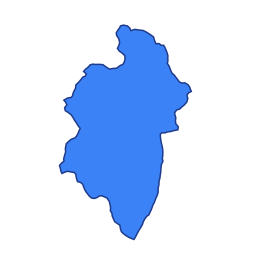 Itatiaiuçu, Minas Gerais, Brazil, rotated 125°
{"feature_id": "56859067B98169129353112", "entity_name": "Itatiaiuçu", "entity_type": "district", "adm_level": 2, "iso_a3": "BRA", "parent_name": "Brazil", "parent_adm1": "Minas Gerais", "projection": "mercator", "projection_center": [-44.452, -20.206], "detail": "fine", "context": "isolated", "style": "filled", "palette": "blue", "viewbox_px": 256, "rotation_deg": 125, "n_neighbors": 0, "source": "geoboundaries", "source_scale": "gbopen_adm2", "svg_char_len": 2490}
<svg xmlns="http://www.w3.org/2000/svg" viewBox="0 0 256 256"><g transform="rotate(125 128 128)"><path d="M215.9,59.2L212.6,59.4L209.4,59.9L204.9,60.4L201.5,60.5L198.5,60.9L196.1,61.7L192.9,62.1L189.6,62.0L187.3,61.1L185.1,61.5L182.7,61.9L179.5,62.6L176.7,63.5L174.2,63.6L172.1,64.3L168.6,65.0L165.5,65.7L163.1,66.6L160.1,68.8L156.8,70.1L153.7,72.1L150.8,73.1L148.2,74.5L145.3,75.9L142.9,77.4L140.8,78.6L138.4,79.8L135.2,80.3L133.4,82.3L130.5,83.8L127.4,85.9L125.3,87.6L123.7,89.2L122.1,91.0L120.0,93.3L117.1,96.0L114.6,98.0L112.4,97.4L110.7,94.8L108.7,93.6L106.6,91.2L103.8,88.9L100.9,86.1L98.2,87.5L97.1,91.3L94.7,93.4L92.3,94.6L90.5,96.8L88.9,98.5L85.3,98.5L82.8,96.5L80.0,96.0L76.8,95.1L73.0,94.7L69.6,95.9L67.1,98.7L64.3,98.5L61.7,97.1L60.5,99.1L59.1,100.9L58.1,103.8L58.4,107.3L60.4,109.8L60.8,112.4L59.7,115.5L58.9,118.2L58.1,120.6L57.8,123.5L56.6,125.6L55.1,127.8L53.5,130.2L52.6,132.8L50.0,133.9L47.8,135.6L45.9,136.8L43.7,139.5L41.2,143.3L39.8,146.2L41.2,148.2L41.0,150.8L42.9,153.6L41.0,156.6L38.8,159.3L38.7,162.9L38.8,166.3L39.0,168.9L39.5,171.7L41.5,175.3L43.3,179.0L46.6,181.5L45.1,184.0L44.7,187.0L46.3,190.7L48.6,192.7L50.8,192.3L53.8,192.4L56.8,192.2L58.6,190.6L60.1,186.9L62.7,183.9L65.4,182.9L68.9,182.3L70.0,179.2L70.0,176.2L70.6,172.0L73.4,169.9L76.1,168.9L78.8,168.7L81.2,170.2L83.4,171.0L85.6,171.6L87.6,174.2L90.4,177.0L90.6,181.5L90.5,184.9L92.5,188.3L94.6,191.1L95.9,193.5L98.0,195.2L101.1,195.6L104.6,196.6L107.2,196.8L107.6,193.1L109.9,192.7L112.2,194.2L115.0,194.3L118.1,194.6L122.6,195.4L125.7,193.7L128.9,193.4L131.4,192.8L133.5,191.9L135.7,192.1L137.1,193.8L139.0,195.2L142.0,196.5L142.6,193.9L144.2,191.3L147.7,191.6L149.8,189.3L149.6,185.7L149.8,182.1L151.0,178.9L152.4,176.0L153.4,173.2L154.7,170.4L155.7,167.0L158.8,166.4L161.3,165.8L164.0,165.5L166.6,165.8L168.6,167.3L170.5,168.3L173.4,169.0L176.2,169.5L178.3,168.7L181.1,167.3L183.5,165.3L186.6,164.3L190.2,163.0L191.9,161.4L194.4,162.2L198.0,162.6L200.1,160.0L202.0,158.0L203.1,156.0L200.7,154.6L198.2,152.8L196.4,148.9L195.3,146.5L195.9,144.1L198.5,141.7L200.9,138.6L199.8,135.7L200.1,132.7L201.8,130.4L203.4,127.9L204.5,125.5L205.3,122.8L206.1,120.2L206.2,117.4L204.9,115.0L202.6,113.4L200.2,112.5L198.6,110.7L198.0,108.2L197.4,105.1L198.9,101.2L201.3,98.5L203.3,96.5L205.9,95.0L207.2,92.1L209.1,90.5L210.8,87.8L212.3,85.2L212.4,81.9L212.2,79.2L213.7,77.5L215.3,76.0L216.7,73.9L217.2,71.3L217.3,67.8L217.0,64.2L216.5,61.7L215.9,59.2Z" fill="#3b82f6" stroke="#1e3a8a" stroke-width="1.5"/></g></svg>